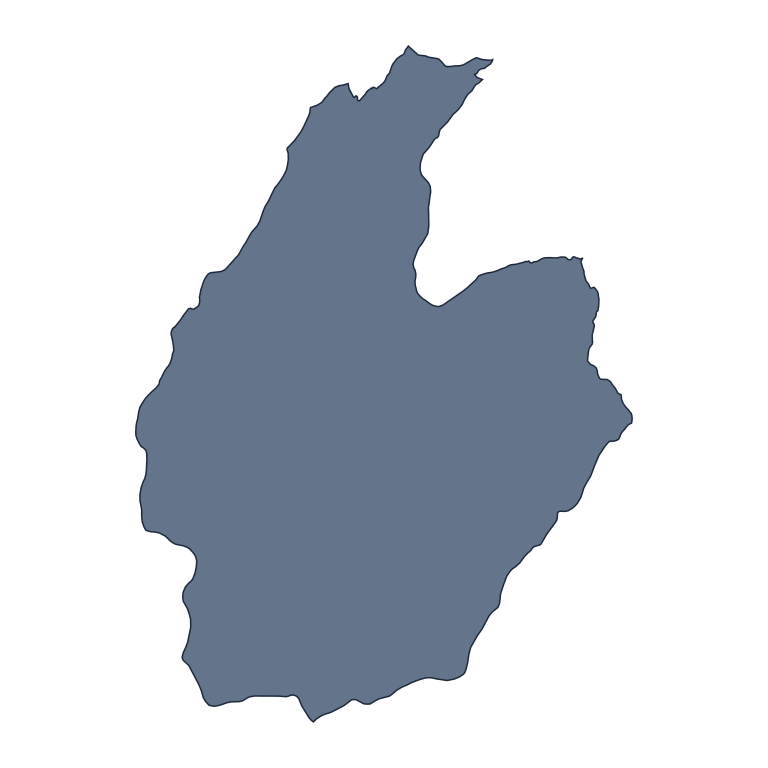 the district of Umbita, Boyacá, Colombia
{"feature_id": "7082276B74523863570735", "entity_name": "Umbita", "entity_type": "district", "adm_level": 2, "iso_a3": "COL", "parent_name": "Colombia", "parent_adm1": "Boyacá", "projection": "natural_earth1", "projection_center": [-73.449, 5.226], "detail": "fine", "context": "isolated", "style": "filled", "palette": "slate", "viewbox_px": 768, "rotation_deg": 0, "n_neighbors": 0, "source": "geoboundaries", "source_scale": "gbopen_adm2", "svg_char_len": 6045}
<svg xmlns="http://www.w3.org/2000/svg" viewBox="0 0 768 768"><path d="M464.6,672.9L466.0,669.5L466.6,667.1L467.6,662.9L468.9,654.2L470.7,647.4L477.4,635.6L482.2,628.8L488.5,616.8L489.8,614.8L492.5,611.8L497.8,607.5L499.0,604.9L499.7,602.4L500.6,593.8L503.5,584.8L506.9,575.9L508.8,573.1L510.4,570.8L512.6,568.7L515.9,566.4L519.6,563.1L524.8,556.1L527.9,552.9L529.5,551.7L531.0,550.2L531.9,548.7L533.2,547.3L534.7,546.4L540.1,544.9L541.1,543.9L546.7,534.2L555.6,522.1L556.8,520.0L557.3,517.7L557.5,513.6L558.0,512.1L559.5,511.4L560.6,511.2L565.2,511.4L568.4,510.7L572.5,508.1L574.9,506.0L577.4,503.3L580.7,497.7L582.4,492.8L583.7,488.3L585.8,484.2L590.5,476.3L591.6,473.7L594.6,465.6L599.2,454.8L600.9,452.5L604.8,446.5L607.9,442.8L609.3,441.5L611.7,441.2L613.7,441.2L615.8,440.7L617.5,439.9L618.8,439.0L620.0,436.2L620.9,433.8L622.3,431.8L624.8,429.1L626.0,427.3L628.4,424.6L631.6,423.1L632.2,418.9L631.8,415.2L631.2,413.5L628.4,409.9L625.9,407.2L623.3,403.7L621.9,400.6L621.5,399.2L621.3,395.7L621.1,394.8L618.0,393.3L615.4,388.5L612.6,385.0L610.6,381.9L609.6,381.0L607.2,379.5L601.9,379.3L600.6,379.1L599.5,378.3L598.1,375.2L597.5,373.2L597.2,370.5L596.2,368.0L594.0,366.0L590.4,364.3L587.6,361.1L587.5,360.4L587.7,358.2L588.5,351.2L589.1,348.5L589.8,347.3L592.2,344.1L592.6,341.9L592.4,340.5L592.2,334.6L593.1,331.5L594.4,325.7L593.6,323.2L592.8,321.9L592.9,321.2L593.3,320.4L595.4,317.2L596.2,314.9L596.3,312.5L596.6,311.7L598.0,310.6L598.0,309.3L598.6,306.7L599.0,299.5L598.4,296.2L598.3,294.7L597.8,292.3L596.7,290.4L594.3,287.5L593.7,287.3L591.3,288.2L590.2,287.9L588.4,283.8L586.0,281.0L584.2,274.5L584.0,273.3L584.0,271.5L582.9,268.5L581.1,262.4L581.2,260.9L582.8,257.8L581.8,258.5L580.8,258.9L579.6,259.0L577.7,258.0L576.7,258.0L574.6,257.0L573.2,256.8L572.0,258.0L571.7,259.1L571.0,259.5L569.4,259.7L568.0,259.5L566.0,257.5L564.7,257.1L560.8,257.0L557.4,257.9L555.1,258.0L550.1,257.6L544.5,257.9L542.1,258.6L536.9,261.5L533.5,261.9L532.3,262.8L531.3,263.1L530.1,262.6L528.8,261.0L527.7,261.6L525.7,261.5L524.0,262.2L515.8,264.3L511.3,264.7L508.2,265.9L505.8,267.4L499.3,269.6L497.9,270.5L492.5,272.2L487.1,273.0L483.0,274.2L478.8,275.8L475.9,279.8L467.1,287.9L463.4,290.9L442.7,305.2L438.8,306.6L436.0,306.3L432.4,305.2L428.9,303.1L425.7,300.4L423.3,299.1L420.0,296.1L417.6,293.3L416.5,290.7L416.0,288.0L415.2,285.2L415.0,280.9L415.8,276.9L415.8,273.6L415.1,270.4L413.7,267.4L413.1,264.1L413.7,260.6L416.9,252.0L418.9,247.4L422.0,243.6L427.7,233.8L428.8,226.0L428.6,212.5L428.4,207.5L429.1,203.6L429.9,196.3L430.7,192.1L430.3,186.6L429.3,184.4L428.1,182.3L422.7,176.4L421.2,174.1L420.2,170.3L420.1,167.8L420.5,162.6L423.2,154.2L429.2,147.4L434.8,138.9L437.6,137.4L438.6,135.9L439.2,132.5L440.1,129.5L447.7,121.8L453.4,114.0L455.2,112.6L458.4,109.4L462.1,104.7L464.5,99.6L467.8,94.3L471.7,91.0L475.6,84.8L478.7,83.1L482.5,79.5L477.5,77.7L475.1,75.4L474.5,74.4L476.0,74.0L477.1,73.2L478.5,70.6L481.1,68.8L483.9,68.5L484.8,68.1L486.3,66.7L490.3,64.1L491.5,62.4L492.5,60.7L492.6,59.5L491.3,60.3L484.1,59.8L480.8,59.2L478.4,58.2L476.3,57.7L472.1,59.8L464.6,64.2L462.4,65.2L458.9,65.8L454.5,65.9L451.0,66.5L446.5,66.5L445.1,65.9L441.6,61.8L439.0,59.2L436.7,58.5L428.7,57.2L425.5,55.9L418.4,55.1L416.7,53.7L408.3,46.1L405.5,50.0L404.1,53.6L403.4,54.5L400.4,56.1L397.1,58.5L393.1,63.7L392.0,65.7L389.8,72.3L388.9,73.9L387.7,75.0L387.0,76.1L385.1,80.6L383.5,82.8L381.8,84.4L380.7,85.1L379.6,86.3L378.3,87.0L377.2,88.4L376.6,88.6L374.0,87.4L373.0,87.3L372.5,87.7L372.3,88.4L372.0,88.6L371.4,88.2L371.0,88.2L369.8,89.4L368.5,90.1L366.5,92.1L365.3,94.3L363.5,96.2L359.7,100.6L358.1,100.7L357.6,100.1L357.4,99.1L357.5,97.4L357.3,96.7L356.4,95.9L355.8,95.9L354.5,97.4L353.4,96.9L349.0,88.6L348.1,83.5L344.3,84.8L338.8,85.8L335.0,87.3L329.9,92.2L326.5,96.6L325.4,97.5L321.8,102.4L317.2,105.2L310.4,107.6L309.8,112.6L308.9,115.3L303.5,127.0L301.1,131.5L294.2,141.0L287.2,148.1L287.0,149.4L288.2,153.3L288.3,160.1L287.2,166.6L286.2,170.5L284.8,173.4L281.7,178.9L277.3,185.0L275.0,187.6L272.8,191.9L269.0,200.0L264.9,206.9L263.2,211.1L259.9,220.8L257.3,225.7L251.9,231.9L249.4,235.9L246.0,242.2L243.0,246.7L238.6,254.7L225.6,269.2L222.2,271.2L219.3,271.8L210.7,272.7L208.3,273.9L206.5,276.2L204.7,279.1L203.4,282.1L200.8,290.0L199.4,297.7L199.7,299.2L199.6,302.3L198.9,305.0L197.9,306.3L195.0,308.5L193.2,309.4L190.7,308.3L188.6,308.7L183.9,314.8L180.3,320.2L175.0,326.7L172.7,328.4L171.4,331.3L171.1,334.0L173.0,342.7L173.8,349.7L173.5,351.5L172.4,354.2L172.1,356.9L171.1,360.4L169.9,363.6L168.4,366.0L167.0,367.6L164.8,370.7L161.5,377.4L159.6,380.7L159.1,384.1L156.5,387.5L151.0,392.5L145.7,398.0L141.9,403.7L139.9,407.4L138.7,411.9L137.6,419.0L136.6,422.8L136.1,426.1L135.8,431.2L135.9,435.4L137.0,438.9L139.2,443.4L141.1,446.5L143.2,447.7L145.8,450.2L146.6,452.9L146.9,459.1L146.4,469.8L145.9,474.3L144.9,478.2L143.1,482.0L141.1,487.8L139.9,494.7L140.0,500.6L141.7,509.9L141.7,516.2L142.2,521.6L144.0,526.9L145.8,530.3L150.5,531.7L155.0,532.0L159.4,533.0L165.8,536.4L170.0,540.7L173.8,543.4L176.2,544.4L182.9,545.7L187.0,547.2L189.4,548.7L192.3,551.7L194.0,553.9L195.6,556.5L196.7,560.6L196.4,566.0L195.1,572.8L192.8,578.8L191.3,581.0L188.9,582.9L185.4,587.0L183.1,592.4L182.7,597.6L183.4,601.5L187.6,609.0L189.4,614.5L190.6,619.4L190.7,627.5L187.7,641.9L185.9,646.9L183.2,652.9L182.1,657.3L183.1,660.2L188.8,665.5L198.8,684.5L201.2,690.3L203.3,697.6L205.5,701.4L209.1,705.3L214.3,706.3L219.1,705.4L227.4,702.6L231.1,701.9L239.3,701.6L242.4,700.9L247.2,698.0L249.7,696.8L254.3,696.0L278.5,696.1L286.3,696.7L288.7,696.1L291.1,695.1L293.9,695.1L296.6,696.2L298.7,698.5L301.8,706.0L308.9,717.5L311.2,720.2L313.4,721.9L316.8,718.6L321.6,715.6L326.0,713.8L328.4,713.2L331.6,712.0L337.5,709.0L344.4,705.3L351.2,700.1L352.0,699.7L355.7,699.5L363.8,703.8L367.0,704.1L370.1,704.0L376.2,700.2L379.2,698.8L389.5,696.1L392.5,693.9L396.3,690.5L401.4,687.4L408.4,684.3L411.3,682.7L420.4,679.3L425.8,677.9L429.6,677.7L432.3,677.9L435.9,678.8L447.2,680.5L454.0,679.1L459.1,677.1L462.8,674.7L464.6,672.9Z" fill="#64748b" stroke="#1e293b" stroke-width="1.5"/></svg>